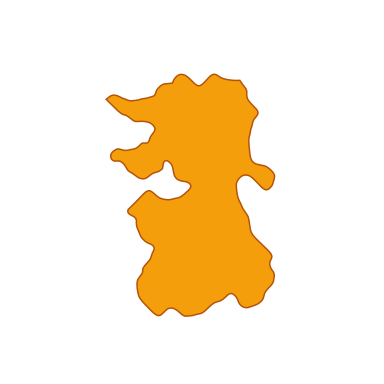 the district of Partido, Dajabón, Dominican Republic, rotated 315°
{"feature_id": "3306468B74633928052065", "entity_name": "Partido", "entity_type": "district", "adm_level": 2, "iso_a3": "DOM", "parent_name": "Dominican Republic", "parent_adm1": "Dajabón", "projection": "equal_earth", "projection_center": [-71.507, 19.499], "detail": "fine", "context": "isolated", "style": "filled", "palette": "amber", "viewbox_px": 384, "rotation_deg": 315, "n_neighbors": 0, "source": "geoboundaries", "source_scale": "gbopen_adm2", "svg_char_len": 4832}
<svg xmlns="http://www.w3.org/2000/svg" viewBox="0 0 384 384"><g transform="rotate(315 192 192)"><path d="M134.6,159.2L133.0,160.1L132.6,160.7L132.2,161.4L132.1,162.2L132.1,163.9L133.3,167.7L133.6,169.3L133.4,171.1L133.1,171.9L132.2,173.2L130.6,174.7L129.5,176.0L128.0,178.3L125.0,185.6L124.3,187.6L124.1,188.6L123.9,190.8L124.1,194.1L124.5,196.1L126.1,200.2L126.4,201.9L126.2,203.7L125.8,204.6L125.3,205.2L124.0,206.0L120.4,207.3L116.7,209.2L115.1,209.9L112.3,210.3L106.6,210.6L104.0,211.1L102.6,211.8L100.5,213.6L99.0,214.3L92.8,215.3L90.9,216.0L89.3,217.1L87.7,218.5L84.9,221.7L82.3,225.3L80.7,228.2L80.0,230.5L79.5,234.2L79.3,239.2L79.2,248.0L79.3,250.4L79.6,252.6L80.2,254.6L80.7,255.5L81.4,256.1L82.2,256.6L83.0,256.9L84.7,257.1L90.2,257.2L92.0,257.4L93.7,258.1L95.1,259.2L96.3,260.7L96.7,261.5L97.4,263.6L97.8,265.8L98.2,271.5L98.7,273.5L99.1,274.5L100.2,275.8L104.7,279.5L108.5,281.7L112.1,284.0L113.7,284.7L116.5,285.2L125.1,285.5L128.8,286.0L130.6,286.6L134.3,288.6L135.9,289.3L138.7,289.8L145.0,290.1L146.7,290.6L147.4,291.1L148.1,291.7L148.6,292.6L148.9,293.5L149.0,294.5L149.1,296.4L148.8,298.4L148.5,299.4L146.8,303.5L146.4,305.4L146.4,307.5L146.9,309.5L147.7,311.1L148.9,312.5L149.6,313.1L154.8,315.8L158.2,317.3L160.4,317.9L162.1,318.1L163.9,318.2L165.6,318.0L167.3,317.5L171.7,315.0L173.5,314.5L176.3,314.1L183.0,313.8L184.8,313.4L186.5,312.7L190.5,309.8L191.7,308.6L192.2,307.9L192.9,306.3L193.7,302.5L194.3,300.7L194.7,299.8L195.7,298.3L196.9,297.1L197.5,296.6L201.8,294.9L203.0,293.9L203.5,293.1L203.9,292.1L204.2,291.1L204.4,288.9L204.5,285.3L204.3,274.1L204.3,269.1L204.6,265.4L205.2,263.1L205.6,262.0L206.6,260.1L212.4,252.1L214.1,249.3L214.5,248.2L215.0,246.2L216.2,239.8L218.3,234.3L219.7,230.4L220.5,228.6L222.2,225.8L224.9,222.2L227.1,219.6L229.4,217.4L230.3,216.9L232.2,216.2L234.1,215.8L236.0,215.7L238.0,215.9L239.8,216.4L240.7,216.9L242.1,218.1L243.3,219.6L243.7,220.5L244.1,221.4L244.6,223.7L244.8,227.2L244.6,237.8L244.8,240.0L245.4,241.9L245.9,242.8L246.6,243.4L248.1,244.1L250.5,244.3L253.7,243.9L257.5,241.9L260.2,240.3L261.5,239.3L262.1,238.6L262.5,237.7L262.8,236.8L263.2,234.8L263.3,232.6L263.2,230.4L262.9,228.2L262.3,226.1L261.9,225.1L260.8,223.3L258.0,219.0L257.0,217.2L256.7,216.1L256.4,215.1L256.4,212.9L256.6,211.9L257.3,209.8L258.4,208.0L259.6,206.3L265.0,199.7L268.5,195.8L270.7,193.9L273.8,192.1L278.0,189.2L281.2,187.6L284.8,185.3L287.2,184.5L291.3,184.0L292.9,183.7L294.3,183.0L294.9,182.4L295.4,181.5L295.8,180.6L296.1,178.5L296.3,170.3L296.7,166.9L297.4,164.9L298.3,163.3L299.4,162.0L301.7,159.8L302.6,158.4L303.2,156.6L304.1,150.2L304.8,146.9L302.4,144.6L300.1,142.2L297.3,138.7L295.4,135.9L294.3,133.9L293.4,131.9L292.1,126.3L291.2,124.7L290.6,124.1L289.0,123.3L286.3,122.9L277.5,123.2L274.8,123.0L273.1,122.5L272.3,122.0L271.6,121.3L271.1,120.5L270.8,119.5L270.5,117.4L270.4,109.4L270.0,105.9L269.7,104.8L268.9,103.0L267.8,101.5L267.1,100.8L266.4,100.3L264.7,99.6L262.1,99.3L260.3,99.5L258.5,99.8L255.1,101.1L248.8,96.0L248.1,95.6L246.4,95.0L243.7,94.6L240.2,94.8L238.5,95.2L235.1,96.9L233.7,97.2L233.0,97.1L231.7,96.5L226.6,93.8L222.4,90.7L218.5,88.6L213.9,84.9L212.7,83.8L211.8,82.2L209.1,76.2L207.4,71.4L206.5,69.8L205.3,68.3L204.0,67.2L202.3,66.5L200.6,66.2L196.8,65.8L197.0,82.0L197.3,85.4L197.7,87.5L198.0,88.3L199.5,91.0L199.8,91.9L200.2,93.9L200.9,99.3L201.5,101.3L202.0,102.2L203.1,103.4L206.4,106.4L208.4,108.7L210.2,111.3L211.1,113.2L211.6,115.3L211.7,117.4L211.4,119.4L211.0,120.3L210.5,121.1L209.8,121.8L208.2,122.5L202.0,123.5L200.4,124.1L197.7,125.5L196.3,125.8L195.6,125.7L194.3,125.2L192.1,122.8L191.1,122.2L189.9,122.0L186.0,122.0L184.4,121.7L182.7,121.2L181.2,120.4L176.1,117.0L174.7,115.9L173.0,113.9L170.9,110.1L170.3,109.4L169.6,108.8L167.9,108.1L166.2,107.7L164.3,107.5L162.5,107.7L161.6,108.0L160.7,108.4L159.5,109.5L158.6,111.0L158.3,111.8L158.3,112.8L158.4,113.7L159.0,115.2L160.0,116.3L162.1,118.2L162.6,118.8L163.2,120.4L163.5,122.3L163.5,124.3L163.2,126.3L162.1,130.5L162.0,132.2L163.2,137.6L164.0,142.8L164.6,144.9L165.5,146.6L166.7,148.1L167.3,148.7L169.0,149.6L170.8,150.1L175.5,150.7L177.4,151.1L179.0,151.8L181.9,153.4L183.5,154.1L185.2,154.4L187.6,154.6L191.8,151.7L193.0,151.1L193.8,150.9L194.6,150.9L195.3,151.2L196.1,151.8L196.6,152.6L196.9,153.5L197.1,155.5L197.0,157.5L196.7,158.5L196.4,159.5L195.5,161.3L193.3,164.4L191.9,166.7L191.0,168.4L190.6,170.3L190.6,172.5L190.8,173.5L191.6,175.4L192.6,177.1L194.8,180.2L195.7,181.9L196.2,183.7L196.2,184.7L196.1,185.6L195.6,186.5L195.0,187.3L193.6,188.0L191.9,188.2L190.2,188.3L184.5,188.0L180.8,187.4L178.2,186.4L174.6,184.0L171.5,182.2L170.0,181.0L168.6,179.4L166.7,176.9L165.2,174.0L164.8,172.9L164.4,170.6L164.0,165.0L163.6,162.9L163.3,161.9L162.8,161.0L162.1,160.3L161.3,159.9L159.6,159.3L156.8,159.1L144.8,159.3L134.6,159.2Z" fill="#f59e0b" stroke="#b45309" stroke-width="1.5"/></g></svg>